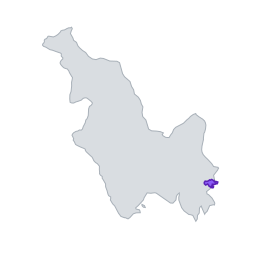 Yonan, Hwanghae-namdo, North Korea shown in context, rotated 280°
{"feature_id": "82179303B35883429877711", "entity_name": "Yonan", "entity_type": "district", "adm_level": 2, "iso_a3": "PRK", "parent_name": "North Korea", "parent_adm1": "Hwanghae-namdo", "projection": "equal_earth", "projection_center": [126.071, 37.915], "detail": "fine", "context": "in_parent", "style": "filled", "palette": "violet", "viewbox_px": 256, "rotation_deg": 280, "n_neighbors": 0, "source": "geoboundaries", "source_scale": "gbopen_adm2", "svg_char_len": 4293}
<svg xmlns="http://www.w3.org/2000/svg" viewBox="0 0 256 256"><g transform="rotate(280 128 128)"><path d="M154.0,192.2L153.0,192.8L151.3,196.0L149.7,200.0L148.2,202.2L146.4,203.4L144.4,204.2L140.6,204.5L137.1,204.2L136.0,203.7L131.2,204.0L129.8,204.3L123.0,204.0L119.4,204.3L117.1,205.1L114.8,206.7L112.8,209.2L111.0,211.9L107.4,216.7L104.9,219.0L104.9,222.4L104.9,223.5L104.0,224.2L103.7,223.9L102.2,223.6L96.3,220.5L91.5,222.4L90.3,224.9L89.0,225.7L87.1,220.9L84.0,220.7L79.0,216.4L76.8,217.3L76.3,219.0L73.6,222.9L69.7,226.2L68.5,226.6L67.1,226.4L67.3,225.5L65.7,221.9L59.7,220.4L57.5,218.8L56.4,218.5L62.4,214.5L63.9,213.7L62.8,212.8L61.5,212.3L56.6,212.9L54.1,211.6L50.4,212.0L47.9,211.0L53.2,207.0L53.5,204.7L53.4,202.9L56.1,197.6L58.8,194.7L65.8,190.6L68.8,190.0L71.0,190.2L72.9,189.8L71.0,188.2L69.1,187.5L65.5,187.7L61.8,185.3L61.5,182.8L68.8,167.1L68.9,165.6L67.7,161.8L67.4,158.1L62.2,156.0L59.9,155.7L53.3,151.5L50.7,149.4L49.6,150.0L49.4,153.4L48.5,154.1L46.7,154.8L45.9,150.9L44.5,148.2L40.1,145.4L38.5,143.8L39.3,140.5L39.0,140.2L39.7,136.4L42.4,133.5L49.0,128.4L50.7,126.0L54.1,123.1L55.6,123.2L57.2,122.9L57.6,121.7L58.0,120.7L59.3,119.8L62.6,118.3L66.2,116.2L69.1,115.6L72.7,112.6L74.2,111.2L75.6,111.2L76.0,110.6L76.8,109.0L78.0,107.9L79.6,107.7L82.1,107.0L85.4,106.5L87.6,104.0L88.3,102.1L89.8,100.1L92.9,97.9L95.0,94.6L97.3,91.1L98.5,89.9L99.6,89.7L100.2,88.4L101.0,84.6L102.0,81.0L102.7,79.2L105.4,77.4L106.1,76.4L106.7,76.1L107.9,76.4L109.6,75.3L111.2,74.1L112.6,74.5L114.1,75.5L115.7,77.5L116.3,79.1L117.6,80.5L117.8,82.4L119.0,83.3L121.6,83.7L125.8,85.0L128.6,85.1L130.1,86.1L133.4,86.7L139.9,85.9L142.6,86.3L143.7,87.6L145.4,88.5L146.5,88.6L147.9,86.9L149.4,84.2L150.4,82.1L150.3,80.5L149.4,78.7L147.3,77.1L145.8,74.5L144.5,71.9L143.7,71.0L143.0,69.7L142.9,67.8L143.3,66.5L146.5,65.6L150.7,65.0L154.1,65.6L159.7,65.2L163.1,64.5L165.7,64.6L168.0,64.6L169.1,63.5L172.3,60.8L173.9,59.8L175.6,58.0L175.8,56.0L176.1,54.5L177.1,52.8L178.8,50.8L180.2,49.8L181.9,50.0L183.6,50.9L184.7,51.8L185.9,51.6L186.9,50.0L187.6,49.7L189.5,49.5L190.1,48.5L190.8,43.8L191.5,40.1L191.6,37.5L193.3,33.2L193.8,30.6L194.8,29.4L196.0,29.5L197.0,30.2L198.3,30.7L200.0,30.3L201.1,30.9L201.9,32.3L204.4,33.3L204.7,34.0L204.7,38.7L206.1,40.8L208.0,42.8L210.6,44.6L211.9,45.0L212.8,46.3L213.6,48.5L215.4,50.7L216.4,52.3L216.6,53.9L217.5,54.9L216.1,55.9L214.1,55.3L211.0,54.9L207.1,58.1L204.9,59.2L203.4,62.4L200.3,64.3L198.6,66.3L196.4,69.8L195.0,73.2L191.7,76.6L189.8,80.9L189.8,84.7L192.0,88.5L192.2,91.7L190.8,98.4L191.8,105.5L190.9,108.3L180.6,113.2L177.9,115.6L174.1,121.9L169.5,124.3L166.6,126.9L162.6,128.4L160.1,132.9L157.3,135.4L153.9,137.0L151.4,139.0L145.8,139.1L141.8,140.5L139.0,144.2L130.5,148.5L129.3,151.7L129.9,156.7L130.0,160.6L129.3,163.7L127.4,162.8L126.4,163.9L125.3,166.8L125.7,170.1L128.6,171.2L131.0,172.5L134.4,173.2L136.9,174.8L142.3,181.8L146.7,184.9L147.8,186.0L150.3,187.6L152.7,190.0L154.0,192.2ZM54.4,157.7L52.7,158.8L52.7,156.9L53.9,155.3L55.2,155.0L54.4,157.7Z" fill="#d9dde1" stroke="#a8b0b8" stroke-width="1"/><path d="M83.8,222.0L84.1,222.1L84.4,222.4L84.8,222.4L85.0,222.4L85.0,222.2L84.6,221.8L84.6,221.6L84.8,221.2L84.7,221.1L84.6,220.8L84.5,220.6L84.3,220.5L85.0,220.1L85.3,220.2L85.4,220.3L85.5,220.7L85.9,220.9L86.0,221.1L86.0,221.4L86.3,221.7L86.5,221.8L87.0,221.0L87.0,220.8L87.3,220.8L87.3,221.0L87.5,222.4L87.6,222.7L87.4,222.9L87.6,223.3L87.8,223.6L88.1,223.7L88.1,223.9L88.4,223.9L88.4,224.1L88.6,224.1L88.6,224.4L88.5,225.1L88.5,225.4L88.9,225.5L89.5,225.8L90.2,225.8L90.4,225.8L90.5,224.8L90.6,224.5L90.6,224.3L90.4,224.2L90.4,223.9L90.2,223.2L90.0,222.8L89.9,222.8L90.0,222.5L90.1,222.2L90.6,222.0L91.3,221.8L91.2,221.1L91.5,220.3L91.8,219.7L91.8,219.0L91.4,218.7L91.1,218.5L90.9,218.2L91.0,217.7L91.1,217.4L90.8,217.1L90.4,216.8L89.7,216.0L89.4,215.6L89.3,215.2L89.2,214.8L89.1,214.3L89.1,214.0L89.1,213.5L89.1,213.3L89.1,213.2L88.5,213.0L87.9,212.6L87.3,212.6L87.0,212.6L86.6,212.6L86.6,212.4L86.5,212.6L86.4,212.8L86.2,213.1L86.0,213.4L85.6,213.9L85.3,214.4L85.6,214.8L85.9,215.1L86.1,215.5L86.4,215.8L86.7,216.2L86.4,216.5L86.0,216.9L85.6,217.3L85.2,217.6L84.8,217.9L84.4,218.8L84.0,219.7L83.9,220.7L83.8,221.5L83.8,222.0ZM90.5,222.4L90.3,222.3L90.1,222.5L90.2,222.9L90.5,222.4Z" fill="#8b5cf6" stroke="#5b21b6" stroke-width="1.5"/></g></svg>